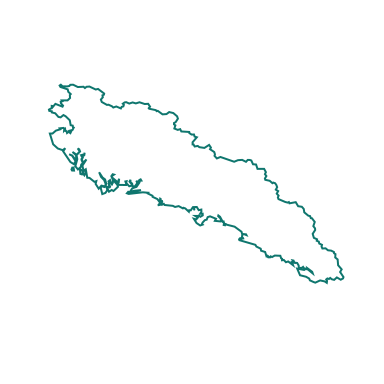 Thandwe, Rakhine, Myanmar (Albers equal-area conic projection), rotated 313°
{"feature_id": "60261553B46892654123535", "entity_name": "Thandwe", "entity_type": "district", "adm_level": 2, "iso_a3": "MMR", "parent_name": "Myanmar", "parent_adm1": "Rakhine", "projection": "albers", "projection_center": [94.444, 18.437], "detail": "fine", "context": "isolated", "style": "outline", "palette": "teal", "viewbox_px": 384, "rotation_deg": 313, "n_neighbors": 0, "source": "geoboundaries", "source_scale": "gbopen_adm2", "svg_char_len": 6026}
<svg xmlns="http://www.w3.org/2000/svg" viewBox="0 0 384 384"><g transform="rotate(313 192 192)"><path d="M246.6,203.9L242.9,202.2L237.0,188.9L233.5,187.3L233.8,183.8L235.2,183.1L236.4,181.0L235.6,176.0L237.4,175.5L238.1,172.4L232.7,171.0L229.8,166.8L229.6,164.8L227.1,162.9L227.8,160.7L227.2,160.0L228.8,158.5L235.3,158.2L234.3,156.1L235.4,154.2L233.7,152.5L233.3,149.8L234.0,149.0L229.0,142.9L229.9,140.5L227.7,139.2L226.4,135.8L229.4,134.4L229.2,132.7L230.2,131.8L231.9,132.4L236.0,131.7L237.2,129.5L237.0,124.5L234.9,120.8L231.6,120.2L228.7,117.5L228.0,111.6L227.0,111.0L227.2,109.7L223.7,103.9L223.8,103.2L225.8,103.1L226.6,99.8L224.1,97.4L221.8,92.4L218.5,90.5L217.0,87.5L213.9,85.8L212.8,82.6L211.5,81.6L209.4,81.2L209.3,82.7L207.8,83.4L206.3,82.5L204.6,83.0L202.9,78.3L200.1,76.8L200.1,75.0L198.9,71.4L197.7,70.4L196.3,64.6L197.5,62.3L200.4,62.2L201.6,60.6L203.1,61.2L204.1,60.6L203.3,53.0L201.3,51.7L199.2,45.1L197.0,43.1L195.0,42.8L195.0,40.9L190.9,36.9L189.4,31.9L187.4,29.9L185.9,30.0L184.1,28.7L181.0,25.2L181.0,22.9L179.6,22.6L179.1,24.2L182.3,31.1L180.9,33.2L180.9,36.5L179.6,36.5L177.6,38.7L174.1,38.5L170.2,34.3L169.9,35.3L168.5,34.4L167.5,35.7L167.2,38.8L166.1,39.1L163.3,32.0L159.3,32.2L159.9,31.6L159.3,30.7L157.8,32.2L154.7,31.2L154.0,32.3L155.4,34.4L154.6,35.2L156.3,38.3L155.8,43.1L157.0,45.0L160.6,45.5L161.2,47.9L161.1,53.7L158.1,57.7L159.2,59.5L158.1,60.9L158.4,61.6L155.9,62.3L153.7,60.9L154.0,62.3L152.1,62.9L151.9,60.7L149.9,60.4L150.9,58.7L150.3,57.7L151.4,56.4L149.8,56.5L151.3,55.3L151.3,54.4L148.3,51.8L148.0,52.9L144.1,50.6L139.6,50.1L137.8,48.2L132.2,57.9L132.3,64.2L134.4,68.9L137.6,69.5L133.9,70.0L131.0,82.6L131.8,86.6L135.1,85.9L136.8,79.6L135.8,76.4L137.0,79.6L135.9,85.9L139.8,82.2L139.8,77.3L140.6,82.2L145.1,82.3L145.9,78.7L146.3,80.4L145.3,82.5L140.2,82.4L137.8,85.7L131.3,89.1L130.7,93.2L134.5,93.6L136.5,92.3L138.8,92.4L140.2,89.2L140.8,88.7L142.7,88.3L143.0,86.3L143.5,85.9L144.7,86.6L145.1,87.8L147.5,86.7L145.5,88.1L144.9,88.0L143.4,86.2L143.0,88.5L140.2,89.5L139.7,92.4L143.8,92.6L136.5,93.9L133.6,98.2L136.2,98.8L131.0,105.7L132.4,107.4L132.9,113.7L134.7,114.6L132.2,116.0L130.8,121.5L134.9,121.4L136.8,124.7L139.0,123.4L140.8,119.7L141.0,115.2L143.1,110.6L141.6,116.6L141.9,119.9L139.8,123.3L137.3,125.0L135.9,124.6L134.6,121.9L132.8,122.4L129.3,127.8L132.3,129.3L135.6,128.8L137.4,126.0L139.6,128.0L141.4,125.0L142.7,124.9L142.9,123.7L143.3,123.7L144.7,124.0L143.6,125.4L143.5,128.0L146.9,125.8L148.6,122.2L150.9,121.9L151.5,123.1L148.7,122.5L148.1,123.3L148.4,128.9L147.7,131.3L152.0,129.7L148.7,132.1L147.2,132.0L146.9,133.2L152.3,139.2L153.4,138.8L153.3,137.9L154.3,136.1L155.3,136.8L153.7,137.8L153.4,142.2L155.4,143.5L156.5,142.9L157.0,139.2L159.0,138.7L157.3,140.1L157.3,142.5L155.8,144.5L157.0,146.4L161.2,145.9L162.3,143.6L162.1,146.0L164.9,145.3L166.2,145.8L165.8,147.2L164.5,146.1L163.1,147.1L157.9,147.9L154.0,145.8L150.5,146.4L150.1,147.2L152.9,148.4L158.6,153.4L150.0,147.7L148.7,145.2L146.7,145.3L147.4,147.0L158.2,156.2L161.6,160.5L160.8,160.7L162.3,165.7L161.6,166.5L163.2,171.5L162.5,175.3L165.4,173.3L165.5,173.9L164.0,175.3L165.5,176.8L164.0,176.3L163.9,177.1L162.1,177.6L162.1,178.7L164.1,179.4L163.8,180.8L168.8,187.4L169.5,189.8L172.6,191.9L173.8,196.5L174.6,196.5L175.4,198.3L175.4,203.2L176.8,202.4L177.7,203.6L181.6,203.0L184.3,205.7L183.3,209.3L185.5,210.8L183.9,212.4L181.6,212.8L183.4,214.6L182.2,215.8L179.6,215.0L179.6,213.8L176.7,210.7L177.2,213.7L174.9,213.8L173.7,211.6L172.4,216.5L173.1,220.8L175.4,222.0L175.4,221.1L176.9,220.6L180.2,220.6L181.8,221.6L184.3,220.6L186.5,221.8L188.8,227.8L186.5,228.4L189.9,232.9L190.9,232.9L192.1,230.9L192.2,227.6L192.8,227.3L193.0,229.4L191.4,234.2L192.5,236.0L191.0,234.4L191.3,236.5L189.5,237.7L190.2,238.8L192.0,237.8L191.3,238.8L195.7,246.8L196.7,255.3L195.5,257.3L197.9,260.4L197.6,261.2L196.6,258.7L194.9,258.0L192.1,260.0L193.1,260.6L192.9,261.1L191.6,260.2L191.1,258.7L189.5,258.7L189.1,259.5L196.6,274.4L196.0,276.3L197.4,280.9L196.2,282.6L198.0,286.4L195.8,290.3L196.9,290.6L197.0,292.0L196.2,291.4L196.2,292.3L197.5,293.7L198.6,293.5L199.0,294.9L202.0,295.9L205.6,300.1L204.3,302.4L204.6,303.4L203.5,304.4L204.9,305.5L204.7,308.6L206.8,309.7L207.4,315.8L208.8,313.0L209.8,314.7L210.6,312.2L211.1,313.0L210.2,315.0L211.8,317.3L211.0,320.1L209.3,322.0L211.5,324.1L213.0,324.3L212.5,326.6L214.2,327.8L214.7,329.4L215.0,328.8L215.6,334.3L214.8,335.8L214.4,329.6L213.2,327.6L211.5,327.2L207.7,321.2L204.8,327.8L207.8,333.2L208.6,336.7L207.8,338.5L209.1,342.4L209.8,344.0L214.7,346.0L217.1,350.0L217.5,352.5L219.1,351.4L219.6,349.8L221.1,350.0L221.8,351.5L223.4,351.7L223.5,353.7L224.7,355.9L228.3,356.2L229.3,360.6L231.8,361.4L233.1,360.8L234.5,354.9L237.5,354.2L238.1,348.8L242.0,344.5L241.8,341.4L244.4,339.3L244.1,337.7L244.9,336.7L244.0,333.7L242.1,331.2L241.9,328.1L239.6,325.9L240.4,324.0L242.0,323.1L241.1,320.2L242.2,318.6L241.4,316.5L242.7,315.7L241.6,312.4L243.7,308.8L248.2,308.0L249.3,306.8L249.8,304.0L253.8,302.2L254.6,297.6L253.9,296.7L254.9,294.8L254.0,293.2L253.7,288.0L255.8,285.3L256.1,282.4L254.0,279.3L255.3,274.8L250.2,271.0L250.7,269.7L249.5,269.2L248.3,267.0L245.8,260.1L246.6,258.5L248.4,257.8L248.6,255.1L251.4,254.4L250.9,251.7L253.6,251.0L254.7,248.8L255.1,246.8L254.3,245.0L253.3,244.8L253.2,241.2L250.9,237.3L251.6,236.1L254.4,235.5L254.8,233.2L256.9,232.5L258.1,229.0L253.6,224.1L255.8,220.1L253.9,217.7L255.5,213.9L254.9,212.5L253.5,210.9L250.9,210.9L249.7,206.8L246.6,203.9ZM142.9,128.1L143.2,125.8L144.2,124.0L143.0,124.0L143.0,124.7L142.6,125.3L141.5,125.4L140.0,128.5L139.2,128.6L137.3,126.7L135.6,131.1L138.7,131.9L139.2,133.9L145.3,134.3L146.4,132.4L146.9,126.2L144.6,127.9L142.9,128.1ZM130.8,101.9L134.1,101.0L135.5,99.1L133.2,98.6L131.2,99.9L130.8,101.9ZM129.8,99.5L132.6,98.4L132.6,95.2L132.0,94.8L129.1,98.0L129.8,99.5ZM127.2,91.1L129.1,88.7L128.2,87.8L126.3,88.5L125.9,89.6L127.2,91.1ZM161.0,176.2L159.7,176.3L159.6,176.5L161.0,177.5L161.0,176.2ZM180.0,206.0L181.2,205.3L181.2,205.0L180.0,206.0Z" fill="none" stroke="#0f766e" stroke-width="2"/></g></svg>